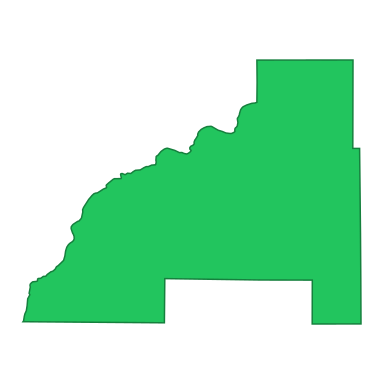 Burnett, Wisconsin, United States of America (Equal Earth projection)
{"feature_id": "52423323B90647147218833", "entity_name": "Burnett", "entity_type": "district", "adm_level": 2, "iso_a3": "USA", "parent_name": "United States of America", "parent_adm1": "Wisconsin", "projection": "equal_earth", "projection_center": [-92.579, 45.899], "detail": "fine", "context": "isolated", "style": "filled", "palette": "green", "viewbox_px": 384, "rotation_deg": 0, "n_neighbors": 0, "source": "geoboundaries", "source_scale": "gbopen_adm2", "svg_char_len": 2094}
<svg xmlns="http://www.w3.org/2000/svg" viewBox="0 0 384 384"><path d="M23.0,321.7L164.4,322.8L164.8,278.6L261.2,280.0L312.3,280.1L312.2,324.0L361.0,323.9L360.8,280.2L360.5,234.3L359.6,148.4L352.8,148.4L353.0,60.0L256.9,60.1L257.1,82.3L256.9,100.3L256.9,102.3L255.1,103.0L251.9,103.3L246.9,104.9L243.6,106.5L242.8,107.0L241.6,108.3L240.6,109.9L239.5,113.6L239.4,114.7L238.3,117.1L237.4,118.3L237.4,119.4L237.9,122.6L237.3,125.7L237.2,126.2L236.3,127.2L235.2,128.2L234.9,129.0L234.8,130.5L234.9,131.5L234.2,132.2L231.8,133.4L230.1,133.5L225.9,133.0L222.4,131.5L218.1,130.2L211.9,126.6L211.0,126.3L207.0,126.6L204.0,127.8L201.2,129.4L198.6,132.0L197.7,134.2L197.8,135.5L195.7,139.0L194.9,140.0L194.4,141.3L194.1,142.1L194.2,143.8L193.0,145.2L190.6,146.4L189.8,147.8L189.9,149.1L190.2,149.6L191.1,150.3L191.1,150.7L189.8,152.3L187.9,153.5L186.6,154.0L183.9,153.4L181.9,152.5L179.4,152.6L174.8,150.4L168.1,148.4L167.1,148.2L165.2,148.7L163.8,149.4L161.0,151.5L157.8,155.4L156.7,156.0L156.2,156.5L155.9,160.2L156.2,162.1L155.7,164.5L155.4,164.8L151.7,165.1L148.3,166.6L146.3,166.6L144.1,167.6L140.3,169.9L135.5,170.3L133.1,171.7L132.2,172.5L130.8,173.5L127.5,173.2L125.5,174.5L124.9,174.6L122.1,173.5L121.1,173.7L120.7,174.0L120.6,174.6L121.3,177.9L121.0,178.6L114.3,178.7L113.0,179.4L108.7,182.9L106.4,185.0L106.2,185.6L106.6,187.3L106.2,187.9L103.3,189.1L97.4,192.9L95.7,193.1L94.0,193.7L92.1,195.4L88.7,199.4L83.6,207.4L82.6,209.8L82.8,212.0L81.5,217.9L81.2,218.5L79.0,221.0L77.6,221.4L73.5,224.1L72.6,224.9L71.3,226.7L71.1,228.2L71.4,229.5L72.6,233.0L73.3,234.2L74.1,236.4L74.2,238.8L73.7,240.1L72.6,241.5L70.0,243.2L68.5,244.6L66.8,247.2L65.6,251.0L64.9,255.9L63.6,260.4L58.0,265.8L56.5,266.7L55.9,267.8L55.4,268.9L53.6,270.6L52.4,271.4L51.0,271.7L47.2,274.5L46.0,276.0L45.4,276.3L43.3,276.4L41.3,277.9L40.5,278.3L38.2,278.5L37.6,279.1L37.5,280.7L37.4,281.0L36.4,281.4L32.8,281.8L31.5,282.7L30.2,284.2L30.0,285.5L30.3,287.1L29.1,293.3L29.8,294.6L29.8,294.9L27.7,298.8L27.1,305.8L26.3,310.8L24.9,313.9L24.3,316.3L23.6,320.8L23.0,321.7Z" fill="#22c55e" stroke="#15803d" stroke-width="1.5"/></svg>